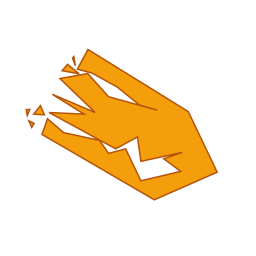 map outline of Sogn og Fjordane (Robinson projection), rotated 26°
{"feature_id": "NOR-915", "entity_name": "Sogn og Fjordane", "entity_type": "County", "adm_level": 1, "iso_a3": "NOR", "parent_name": "Norway", "parent_adm1": "", "projection": "robinson", "projection_center": [5.843, 61.458], "detail": "coarse", "context": "isolated", "style": "filled", "palette": "amber", "viewbox_px": 256, "rotation_deg": 26, "n_neighbors": 0, "source": "natural_earth", "source_scale": "10m", "svg_char_len": 729}
<svg xmlns="http://www.w3.org/2000/svg" viewBox="0 0 256 256"><g transform="rotate(26 128 128)"><path d="M53.5,171.5L51.6,155.0L72.3,160.4L107.7,151.6L121.7,159.3L135.0,147.8L162.7,169.8L194.4,143.9L173.6,140.0L187.5,126.1L154.2,152.3L140.4,131.9L126.0,152.1L50.3,148.7L82.4,134.8L45.2,130.9L91.7,128.5L45.1,113.4L67.9,96.7L96.8,108.4L146.5,99.2L128.0,102.3L100.2,95.9L71.3,94.4L56.7,97.3L57.6,75.0L174.9,86.8L227.5,128.6L183.1,181.0L53.5,171.5ZM43.7,105.4L45.7,97.3L60.3,100.7L43.7,105.4ZM39.5,146.3L47.1,152.8L37.2,156.9L39.5,146.3ZM48.0,87.6L53.4,95.1L47.5,89.4L48.0,87.6ZM31.6,154.4L31.9,160.9L28.5,156.1L31.6,154.4ZM41.5,165.0L41.2,169.6L35.7,165.0L41.5,165.0Z" fill="#f59e0b" stroke="#b45309" stroke-width="1.5"/></g></svg>